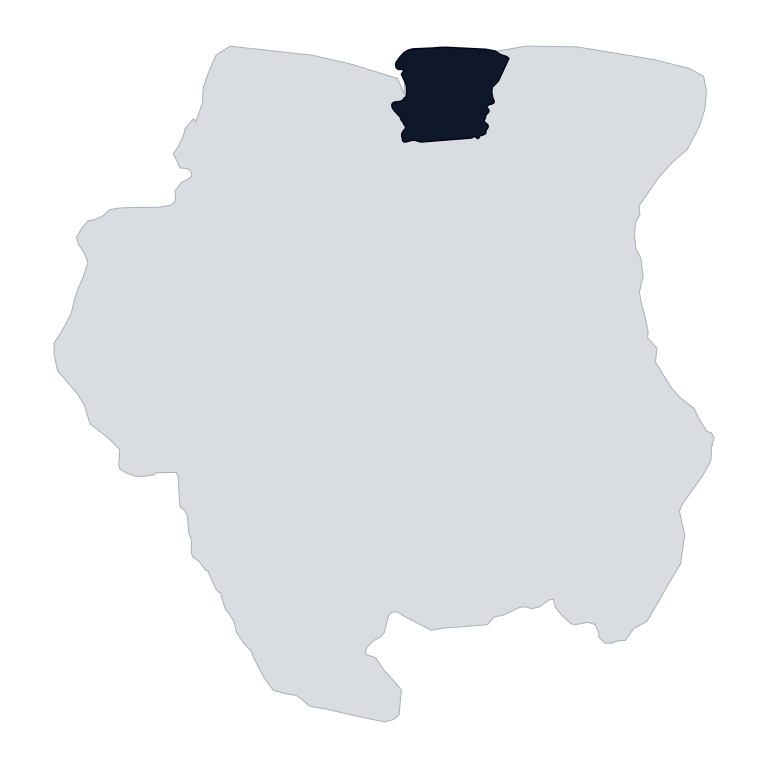 where Saramacca sits in Suriname
{"feature_id": "SUR-73", "entity_name": "Saramacca", "entity_type": "District", "adm_level": 1, "iso_a3": "SUR", "parent_name": "Suriname", "parent_adm1": "", "projection": "mercator", "projection_center": [-55.645, 5.696], "detail": "fine", "context": "in_parent", "style": "filled", "palette": "ink", "viewbox_px": 768, "rotation_deg": 0, "n_neighbors": 0, "source": "natural_earth", "source_scale": "10m", "svg_char_len": 3691}
<svg xmlns="http://www.w3.org/2000/svg" viewBox="0 0 768 768"><path d="M687.1,149.6L673.4,161.2L658.6,177.6L639.0,206.0L639.9,214.9L635.6,222.1L634.5,234.8L635.9,249.0L640.9,258.4L643.2,276.1L639.4,292.1L640.9,301.4L644.9,316.1L648.1,331.7L647.7,338.1L652.5,343.2L656.9,348.2L655.5,362.2L670.9,387.1L680.4,398.0L694.1,408.6L699.1,418.9L706.9,431.4L711.5,432.8L714.0,437.8L711.5,447.5L710.9,460.8L702.2,476.3L681.9,504.7L679.4,511.3L684.7,534.8L681.9,554.1L680.7,563.4L670.7,580.3L647.1,621.3L633.6,628.7L625.4,640.5L620.1,640.6L614.2,641.7L612.4,643.2L604.9,643.1L599.2,637.8L598.3,631.6L595.1,624.5L587.9,622.4L574.1,624.9L570.2,623.1L562.0,615.5L555.2,607.2L553.5,599.2L549.1,599.9L538.6,607.2L531.5,608.7L525.9,606.8L519.6,607.3L503.6,615.1L494.2,616.9L487.5,624.7L443.0,628.2L431.4,630.3L404.9,616.7L398.1,612.3L394.6,611.7L391.6,612.4L388.7,615.4L384.3,632.5L380.3,637.1L373.4,640.8L366.6,647.6L365.3,654.2L375.7,657.8L384.4,670.6L393.8,680.8L401.4,689.9L400.4,700.1L399.1,714.6L393.6,719.5L384.4,721.9L350.8,714.9L325.0,708.7L314.1,707.3L309.2,705.7L302.8,700.4L296.3,695.5L285.8,693.7L273.3,690.4L264.1,677.6L254.5,659.5L251.2,651.2L243.7,643.3L236.4,632.0L234.2,622.0L228.6,612.9L225.7,609.8L221.4,597.3L220.6,592.7L218.5,592.1L215.4,588.1L209.5,574.7L208.2,571.4L205.6,570.2L198.7,560.9L193.2,557.6L191.2,552.8L191.7,539.7L188.7,533.2L187.8,521.0L187.6,516.0L184.8,510.6L180.1,507.0L179.3,498.2L178.2,476.2L176.0,472.4L156.2,472.7L154.2,474.8L145.6,476.1L136.0,476.4L127.4,473.4L120.2,469.6L118.7,464.8L119.8,449.6L108.3,438.1L90.0,423.8L84.5,405.7L77.9,394.4L57.6,370.7L54.1,354.5L54.0,343.1L61.1,332.5L71.0,314.1L75.1,297.3L78.1,288.5L83.2,277.1L87.9,262.2L84.3,253.1L78.3,244.1L76.3,237.4L82.2,227.6L88.1,220.7L94.7,219.7L103.1,215.6L109.8,209.6L119.9,208.0L132.6,207.4L158.3,207.4L171.5,204.9L175.6,200.1L175.0,190.9L181.5,182.6L188.4,179.0L191.2,176.3L191.6,173.2L189.8,170.4L187.1,168.6L179.9,167.9L173.5,153.5L177.9,147.2L183.4,135.6L185.0,129.0L193.6,118.7L195.7,121.9L202.4,103.2L203.2,87.9L208.3,72.9L216.1,55.0L230.2,46.2L312.0,55.2L349.4,63.7L397.5,78.4L404.3,94.1L404.6,78.4L402.3,62.5L415.6,51.3L444.8,47.3L488.4,52.7L526.0,46.1L577.0,46.9L654.6,59.7L689.3,68.5L703.6,76.4L706.4,90.6L705.0,108.9L699.4,126.3L687.1,149.6Z" fill="#d9dde1" stroke="#a8b0b8" stroke-width="1"/><path d="M404.3,97.8L405.5,97.8L406.3,95.2L406.6,92.7L406.5,87.1L406.0,84.3L403.2,78.1L401.4,74.1L403.9,70.8L402.3,69.4L400.3,69.4L398.4,69.5L396.1,67.6L395.6,64.4L396.3,61.9L398.9,58.5L400.1,56.8L402.2,54.5L403.8,52.9L406.2,51.1L409.1,49.9L412.9,48.9L416.9,48.7L431.6,48.1L439.8,47.4L446.5,47.3L485.9,49.3L495.5,51.1L500.0,54.3L502.6,55.3L506.1,56.4L507.2,57.0L508.9,58.4L508.8,58.7L498.4,80.9L493.8,85.8L492.4,86.8L492.0,88.6L491.8,92.5L492.9,98.4L493.8,100.1L494.1,101.2L494.1,102.3L493.4,103.2L491.8,104.0L489.0,104.7L487.2,106.0L486.8,107.1L487.3,108.0L488.2,108.9L488.8,110.0L489.0,111.1L488.5,112.3L487.5,113.4L486.2,114.6L485.7,115.8L485.3,118.1L484.2,120.3L484.2,121.3L485.0,122.5L487.4,124.4L488.1,125.4L488.2,126.5L487.9,127.6L487.2,128.8L486.4,129.8L486.0,130.8L485.8,132.8L485.3,133.7L484.1,134.5L481.7,135.5L480.3,135.5L479.4,136.5L479.1,137.4L478.5,138.3L477.7,138.6L476.5,137.8L475.6,136.9L474.6,136.4L473.3,136.9L472.3,137.6L470.4,138.1L421.0,142.0L414.6,140.3L412.6,140.2L405.3,142.1L403.9,141.8L402.7,140.9L402.3,138.3L401.7,136.2L401.7,134.0L402.9,131.3L404.5,129.7L405.5,128.0L405.6,126.4L403.9,124.6L403.3,122.6L401.2,120.1L400.2,117.0L399.0,115.7L398.4,115.2L394.1,110.5L392.8,108.5L392.2,107.3L391.9,106.2L391.8,105.2L392.1,104.0L392.6,103.2L393.5,102.5L394.9,102.0L399.3,101.5L401.8,100.9L404.0,98.5L404.3,97.8Z" fill="#0f172a" stroke="#020617" stroke-width="1.5"/></svg>